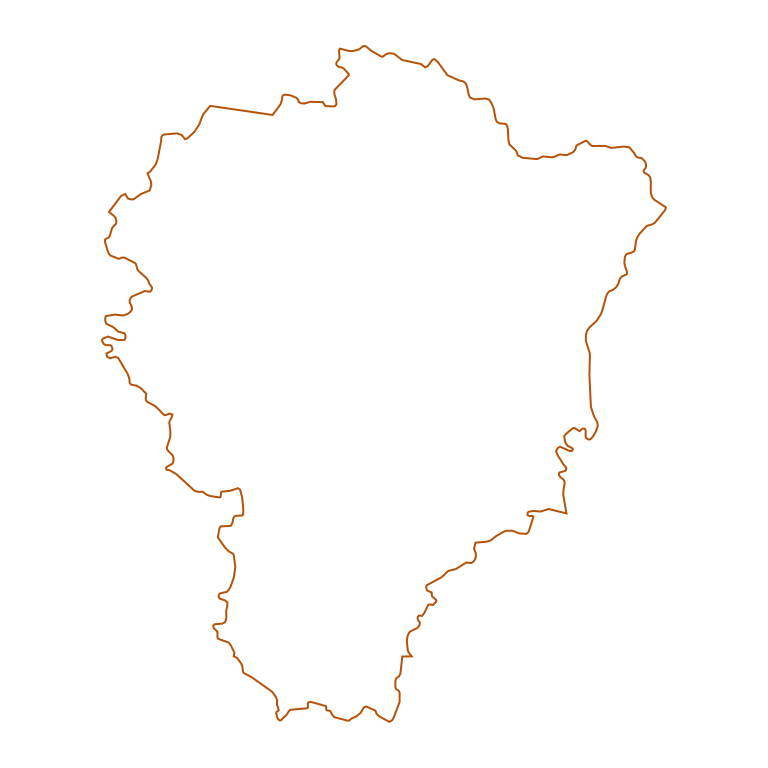 outline of Yaroslavl'
{"feature_id": "RUS-2360", "entity_name": "Yaroslavl'", "entity_type": "Region", "adm_level": 1, "iso_a3": "RUS", "parent_name": "Russia", "parent_adm1": "", "projection": "orthographic", "projection_center": [39.095, 57.746], "detail": "fine", "context": "isolated", "style": "outline", "palette": "amber", "viewbox_px": 768, "rotation_deg": 0, "n_neighbors": 0, "source": "natural_earth", "source_scale": "10m", "svg_char_len": 6076}
<svg xmlns="http://www.w3.org/2000/svg" viewBox="0 0 768 768"><path d="M629.3,147.3L633.9,152.7L635.9,156.3L638.2,157.6L641.3,157.9L644.1,160.5L645.6,162.8L646.1,165.9L645.7,167.7L643.7,170.3L643.7,171.5L644.7,172.9L648.6,175.1L650.2,177.3L650.9,182.4L650.7,188.2L650.9,193.9L652.6,197.9L654.5,199.9L665.9,207.3L665.6,208.9L664.3,211.1L654.9,222.7L652.4,224.3L646.6,226.0L639.1,234.3L637.0,238.1L635.9,241.6L634.9,249.6L634.1,251.2L631.8,252.5L626.7,254.0L625.7,255.2L624.9,256.9L624.4,262.3L624.9,265.8L626.9,271.5L627.1,272.9L626.7,274.3L621.8,276.6L620.6,277.8L619.7,279.4L618.1,284.2L616.1,287.4L612.5,290.1L609.5,291.2L607.9,292.8L606.4,295.6L602.1,311.1L600.7,314.5L596.3,321.2L589.7,327.1L587.0,330.9L585.9,334.9L585.9,341.0L589.7,353.0L589.9,354.9L589.4,374.9L590.9,406.9L594.0,416.3L597.4,422.4L597.7,426.4L595.8,431.7L593.4,435.8L590.6,439.2L589.4,439.5L588.0,439.3L585.9,437.8L585.6,436.3L585.7,431.2L585.5,429.7L584.7,428.7L582.2,428.7L579.6,431.2L574.5,428.0L572.9,428.2L565.9,433.9L564.2,436.2L564.9,440.7L566.0,443.8L567.8,445.9L572.7,448.5L572.8,449.6L572.0,450.9L569.7,451.0L560.3,446.8L558.0,447.8L556.4,450.1L556.2,451.7L557.9,455.6L563.9,465.1L566.0,467.3L566.4,468.6L565.5,470.8L559.3,472.6L558.9,473.8L559.1,475.3L560.6,477.4L563.3,479.4L564.2,480.8L564.7,482.8L563.4,490.9L563.2,495.0L566.5,513.4L548.5,509.0L540.4,511.6L533.6,510.9L528.6,511.8L527.6,512.9L527.6,515.3L529.8,516.2L532.3,515.8L533.2,516.4L533.2,517.6L528.6,531.9L526.4,533.9L519.4,533.4L512.4,530.7L506.5,530.8L503.5,531.8L495.6,536.4L490.8,540.4L486.6,541.7L475.5,542.7L474.0,548.7L475.7,552.9L476.0,556.1L474.9,559.6L473.5,561.5L471.4,563.0L466.3,562.5L456.0,569.0L448.3,570.9L441.5,577.3L427.0,585.1L426.1,587.0L426.7,589.8L427.4,590.7L431.7,592.5L431.7,594.7L432.2,596.5L435.9,599.6L436.3,600.5L436.1,601.6L433.0,605.0L430.0,604.4L428.2,604.9L424.3,613.0L422.1,615.9L418.8,615.5L417.7,617.2L417.6,618.4L418.0,620.0L419.9,622.6L419.6,625.0L417.4,627.9L409.9,631.7L408.6,633.5L407.5,636.3L406.8,641.4L407.8,650.5L408.8,652.7L411.7,656.4L402.3,656.5L400.4,673.8L398.9,676.4L396.3,678.3L395.3,681.0L395.4,687.6L396.3,689.2L398.8,690.9L399.6,692.5L399.6,702.0L393.9,717.1L392.2,720.2L389.5,721.9L378.9,716.2L376.5,713.8L376.1,712.0L375.1,710.5L366.3,706.5L363.9,707.3L360.5,713.0L356.3,716.4L351.3,718.7L349.2,720.5L347.6,720.7L334.2,717.1L332.2,714.7L330.2,711.0L326.5,710.2L326.1,708.9L326.3,706.9L325.9,706.1L310.5,701.8L308.0,702.7L307.7,704.5L308.1,707.2L307.1,708.3L290.5,709.8L289.1,710.9L286.3,715.1L280.9,720.3L280.1,720.6L277.9,719.1L276.1,713.3L276.7,711.8L278.7,710.4L278.2,707.8L277.0,705.2L277.0,699.7L275.8,696.9L272.3,691.9L251.5,677.1L243.7,673.0L243.0,671.8L242.4,666.6L241.2,663.6L237.1,657.9L233.7,656.3L234.4,652.9L234.2,652.1L230.8,645.4L228.7,642.6L218.2,638.8L217.4,637.0L217.5,633.2L217.2,631.4L213.8,628.2L213.3,626.7L213.3,625.6L214.5,624.3L222.4,623.6L224.8,622.3L225.8,620.4L226.4,617.2L226.2,611.1L227.3,605.7L227.3,602.4L225.0,600.4L220.3,598.9L218.9,597.7L218.6,595.3L219.7,593.5L226.9,591.8L228.9,589.6L230.9,585.9L233.9,577.2L235.3,567.1L233.9,555.9L233.2,553.9L228.7,551.3L224.9,547.4L218.3,538.0L217.9,536.6L219.5,528.2L220.7,526.4L230.7,525.9L232.5,522.8L233.2,518.7L234.2,516.7L235.6,515.8L242.0,515.5L243.0,514.8L243.3,512.0L243.1,507.1L242.2,497.7L240.1,489.7L237.9,488.2L229.8,490.9L222.1,491.6L221.1,492.1L220.5,497.1L219.3,497.4L210.0,496.0L206.4,494.6L202.8,491.8L198.3,491.8L194.6,490.9L176.5,474.2L170.0,470.4L166.4,469.6L166.1,468.3L166.4,467.1L172.4,463.7L173.1,462.4L173.5,460.4L173.5,458.3L172.8,455.5L167.4,450.0L166.9,448.2L167.1,446.6L170.3,436.9L170.3,431.1L169.3,422.9L169.7,420.8L171.7,417.2L172.4,414.5L169.5,413.6L165.5,415.2L164.1,415.0L155.6,406.4L146.9,401.6L145.9,400.0L145.7,398.5L146.3,393.8L140.7,388.1L136.7,385.7L131.3,384.7L130.0,383.5L129.5,382.0L129.6,380.2L129.0,377.5L127.8,374.2L118.3,358.1L115.4,356.8L110.0,358.3L107.5,357.0L106.6,355.3L106.5,353.5L111.1,351.2L112.1,350.2L112.5,348.6L111.5,346.1L110.5,345.2L105.8,345.1L103.7,343.9L102.2,341.3L102.1,339.7L102.9,338.6L108.0,336.6L118.2,340.1L124.4,339.9L125.5,337.9L125.5,335.4L124.5,333.3L118.3,331.6L113.1,327.0L106.3,323.8L105.2,320.8L105.3,317.9L105.8,316.1L115.0,314.6L123.3,315.5L127.9,313.8L130.2,312.0L132.0,309.4L131.8,307.2L129.7,302.0L129.6,300.3L130.8,297.8L132.0,296.5L144.5,291.1L150.1,291.7L151.8,289.6L152.0,287.5L149.2,283.6L148.5,281.0L146.4,278.0L138.4,270.9L137.4,269.4L136.0,264.1L134.9,263.0L124.3,257.6L122.6,257.5L118.7,258.8L110.4,255.5L108.7,253.5L107.8,251.2L105.2,242.8L104.9,240.2L105.4,239.2L108.9,237.3L109.7,236.1L112.2,227.8L116.1,223.6L116.4,221.7L115.8,218.4L114.5,216.4L109.0,212.0L121.0,196.0L125.2,194.0L127.9,198.5L130.4,199.4L133.5,199.3L141.4,193.8L149.7,190.5L151.3,184.9L151.0,181.7L147.5,173.4L150.3,171.4L155.8,164.4L157.7,158.8L161.1,141.2L161.4,136.9L162.3,135.4L164.1,134.5L177.2,133.4L181.7,135.0L185.0,139.1L186.9,138.7L194.2,132.1L199.3,124.4L201.8,117.5L203.5,113.9L210.2,105.9L272.6,115.0L280.4,104.5L282.0,99.8L282.4,96.5L283.2,95.2L285.2,94.6L290.7,95.4L296.5,97.9L298.3,99.8L298.6,102.0L301.2,103.3L304.6,103.5L310.1,101.8L322.9,102.1L324.7,105.3L325.7,106.1L333.9,106.4L335.2,105.8L336.3,104.6L336.3,101.6L336.1,99.7L334.3,93.8L334.3,90.9L335.2,89.3L348.8,75.3L348.8,74.2L343.9,68.6L341.6,67.4L338.8,67.0L336.7,65.3L336.3,64.0L336.4,62.6L338.8,59.5L339.6,57.7L339.0,50.6L339.9,48.7L349.4,51.0L352.8,51.1L359.1,49.4L363.2,46.1L365.7,46.1L371.2,50.7L381.3,56.6L382.6,56.8L386.6,53.9L390.0,53.2L394.1,53.8L402.2,60.0L420.8,64.0L425.3,67.4L427.9,66.0L432.3,59.9L434.5,59.1L438.1,62.4L447.4,75.2L458.4,80.2L463.2,81.4L465.6,83.1L467.1,86.7L468.7,94.8L470.2,97.6L474.6,99.4L485.5,98.5L489.1,99.6L491.6,103.4L493.7,108.6L495.6,118.9L496.7,121.6L499.2,123.3L505.4,123.9L506.7,124.9L507.9,128.8L508.4,139.9L509.5,144.5L516.1,150.8L517.8,155.4L522.9,157.8L537.2,159.1L543.0,156.4L551.0,157.3L553.4,157.1L559.7,154.5L566.7,155.1L573.0,152.3L575.2,149.7L576.6,145.4L585.3,140.9L586.7,140.9L590.9,145.3L592.5,146.0L605.1,145.9L611.1,147.9L624.1,146.6L629.3,147.3Z" fill="none" stroke="#b45309" stroke-width="2"/></svg>